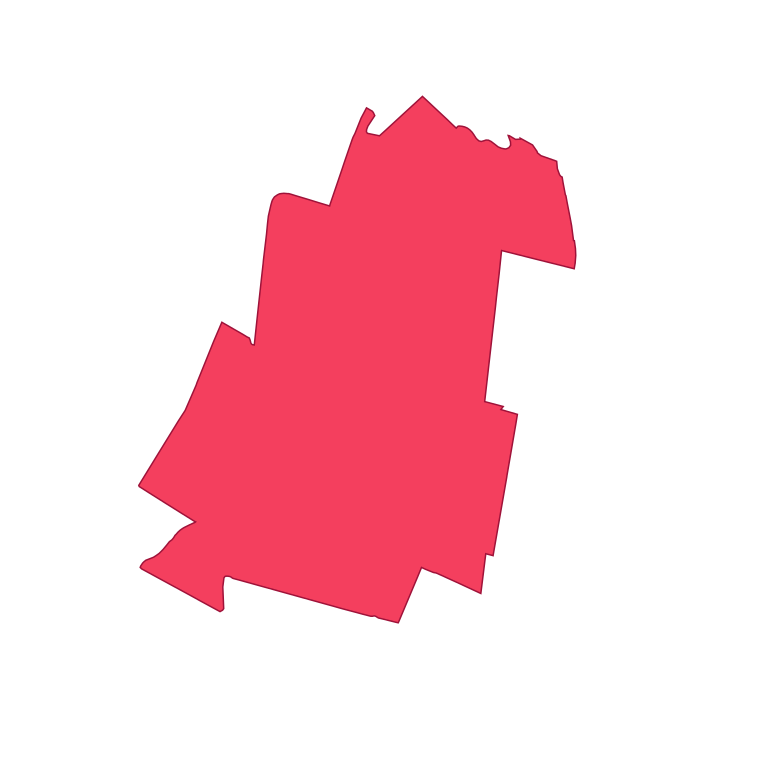 Surdila-Gaiseanca, Braila, Romania, rotated 30°
{"feature_id": "2599482B95731435419780", "entity_name": "Surdila-Gaiseanca", "entity_type": "district", "adm_level": 2, "iso_a3": "ROU", "parent_name": "Romania", "parent_adm1": "Braila", "projection": "natural_earth1", "projection_center": [27.332, 45.064], "detail": "fine", "context": "isolated", "style": "filled", "palette": "rose", "viewbox_px": 768, "rotation_deg": 30, "n_neighbors": 0, "source": "geoboundaries", "source_scale": "gbopen_adm2", "svg_char_len": 3074}
<svg xmlns="http://www.w3.org/2000/svg" viewBox="0 0 768 768"><g transform="rotate(30 384 384)"><path d="M266.4,665.3L294.4,664.6L313.9,664.1L326.6,663.8L333.1,663.7L355.8,663.1L357.3,660.6L357.5,658.7L345.9,640.4L342.3,631.9L342.5,630.2L343.1,629.5L344.9,628.5L346.0,628.1L346.7,627.8L347.6,627.7L348.3,627.7L349.1,627.8L349.8,627.9L351.0,627.7L356.6,626.2L441.0,604.4L450.6,601.9L460.1,599.5L474.5,595.6L480.6,594.0L484.1,593.0L488.5,591.8L490.3,590.8L491.4,589.7L493.1,589.3L495.0,589.4L496.2,589.4L500.2,588.2L513.8,584.3L515.7,583.7L515.6,582.3L509.5,534.0L508.2,524.1L512.6,523.7L521.1,522.5L523.6,521.6L532.0,520.7L532.3,520.7L552.1,518.8L552.4,518.8L572.6,517.0L557.0,480.1L564.3,478.1L564.2,477.9L549.4,437.5L536.7,402.8L536.6,402.7L518.2,352.8L514.7,343.6L498.0,347.7L498.5,343.9L480.0,348.9L479.6,348.0L450.7,281.6L445.8,270.3L441.8,261.1L438.0,252.6L428.7,231.2L419.5,210.6L419.1,209.6L423.4,208.4L451.2,200.5L489.7,189.5L491.1,189.1L489.1,183.7L485.8,176.8L482.1,171.0L477.2,164.7L476.4,165.0L467.3,153.1L462.0,146.9L451.8,135.2L447.4,130.0L446.4,129.4L438.3,120.0L434.8,115.7L433.5,115.8L432.1,115.3L431.3,114.9L426.5,110.9L422.2,104.8L420.8,105.0L405.8,107.8L401.3,107.1L400.3,106.1L393.1,102.7L379.0,103.0L379.6,103.8L375.6,106.4L368.4,106.3L367.3,106.7L372.4,111.0L374.3,113.9L374.0,116.9L372.6,118.9L371.6,119.8L367.9,121.1L364.3,121.6L359.5,120.9L355.5,120.4L352.6,120.6L350.4,121.7L348.8,123.5L346.9,125.4L344.5,126.0L341.3,125.3L338.1,123.7L337.8,123.5L337.4,123.3L334.4,121.9L331.2,121.0L328.2,120.7L325.4,121.0L322.7,121.8L319.9,123.1L319.1,124.0L318.6,126.3L312.6,124.9L306.6,123.4L285.9,118.6L274.4,115.9L273.8,115.8L273.5,115.7L265.7,140.5L258.6,163.2L256.0,171.3L244.3,175.2L242.7,174.4L241.7,172.3L241.1,168.7L241.8,156.2L239.1,154.3L237.5,153.6L230.8,153.6L230.8,154.4L230.9,156.2L231.1,161.4L231.2,165.0L232.3,172.6L233.4,180.2L233.5,180.9L233.6,181.6L233.8,185.6L234.2,188.2L237.2,203.6L238.7,211.3L240.3,219.1L242.5,230.2L242.9,232.2L245.9,247.4L247.5,255.5L247.9,257.0L236.5,259.7L227.2,261.8L212.4,265.3L210.1,265.8L208.8,266.1L207.2,266.5L206.0,266.9L205.2,267.4L203.2,268.3L201.8,269.0L199.6,270.6L198.4,271.6L197.1,273.5L195.7,276.5L195.5,277.4L195.5,278.0L195.4,279.3L195.4,280.6L195.7,282.2L196.5,285.4L199.9,296.4L203.0,303.5L207.3,312.9L217.6,336.9L219.1,340.1L224.9,353.4L241.7,391.5L251.6,413.8L252.1,415.1L250.4,415.7L249.6,415.7L249.0,415.5L248.1,415.0L247.4,414.2L246.8,413.6L246.4,413.2L246.0,412.8L245.3,412.3L244.4,411.5L241.8,411.7L238.1,411.6L212.7,411.6L215.2,432.5L221.4,476.5L221.9,478.9L225.0,506.0L225.0,506.9L224.4,518.5L223.2,560.9L223.2,561.1L222.3,594.4L223.3,595.2L234.9,595.7L255.1,596.5L274.6,597.2L288.8,597.7L289.8,597.6L289.7,598.0L286.1,603.1L285.1,604.6L282.7,608.2L281.7,610.0L280.6,612.4L279.7,615.2L279.1,618.3L278.7,619.5L278.7,621.4L278.6,622.9L278.2,625.1L277.0,627.8L276.4,632.0L275.4,637.8L274.0,643.1L272.3,646.8L271.0,649.3L270.3,650.2L265.8,655.8L265.5,656.7L265.1,657.6L264.5,659.8L264.3,663.4L264.6,664.8L265.5,665.0L266.4,665.3Z" fill="#f43f5e" stroke="#9f1239" stroke-width="1.5"/></g></svg>